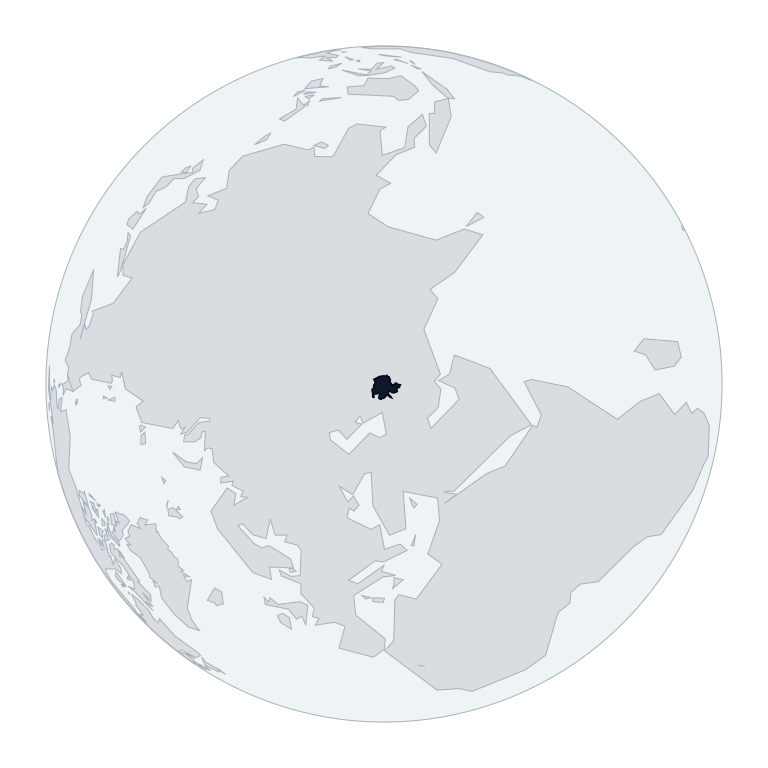 the Earth from above Razavi Khorasan, rotated 249°
{"feature_id": "IRN-3245", "entity_name": "Razavi Khorasan", "entity_type": "Province", "adm_level": 1, "iso_a3": "IRN", "parent_name": "Iran", "parent_adm1": "", "projection": "orthographic", "projection_center": [59.461, 35.325], "detail": "medium", "context": "on_globe", "style": "filled", "palette": "ink", "viewbox_px": 768, "rotation_deg": 249, "n_neighbors": 0, "source": "natural_earth", "source_scale": "10m", "svg_char_len": 12473}
<svg xmlns="http://www.w3.org/2000/svg" viewBox="0 0 768 768"><g transform="rotate(249 384 384)"><circle cx="384" cy="384" r="338" fill="#eef3f6" stroke="#a8b0b8"/><path d="M417.3,47.7L425.8,49.6L457.6,58.1L473.7,61.6L465.4,61.0L500.1,69.2L521.2,78.3L493.5,67.8L487.8,66.8L500.3,72.3L497.0,72.6L501.2,75.8L496.3,75.9L480.5,70.8L477.0,71.0L486.0,75.1L486.8,78.5L474.0,72.3L474.0,77.9L447.6,72.3L417.5,59.2L398.9,59.4L357.7,55.9L357.6,57.7L342.0,58.8L336.0,61.6L330.1,61.0L330.5,63.9L337.1,64.0L339.4,65.5L336.6,67.5L328.4,66.7L328.7,65.6L324.8,66.5L322.0,65.4L321.8,67.1L312.3,66.5L317.3,70.1L306.1,72.2L301.0,71.1L307.3,67.2L311.2,57.9L308.0,57.1L297.1,59.0L264.4,70.1L258.5,71.5L246.2,76.2L246.7,76.7L256.5,73.4L254.6,76.5L266.8,73.0L267.8,74.1L278.1,72.9L270.2,77.6L257.0,83.2L248.1,84.7L242.0,87.5L245.4,90.3L223.9,98.3L201.2,113.2L196.3,115.4L195.9,110.5L208.8,98.9L208.3,96.0L202.2,102.9L190.1,109.4L185.4,113.0L182.3,116.0L184.4,115.8L178.9,119.5L182.9,113.2L188.0,109.7L186.7,111.4L192.6,106.4L195.3,103.7L190.3,107.1L210.4,94.1L231.4,82.5L253.1,72.5L275.5,64.0L298.4,57.1L321.8,51.8L345.5,48.3L369.4,46.4L393.4,46.2L417.3,47.7ZM486.0,64.6L478.9,62.0L486.9,64.5L486.0,64.6ZM502.7,76.2L505.7,77.0L506.6,78.4L502.7,76.2ZM281.7,70.5L279.9,71.6L278.9,71.2L281.7,70.5ZM287.8,69.1L288.0,67.8L290.9,67.0L290.8,67.8L287.8,69.1ZM499.9,80.1L500.3,82.6L497.1,79.1L499.9,80.1ZM287.0,70.9L296.1,65.7L301.3,64.4L305.0,66.6L287.0,70.9ZM498.8,83.4L500.2,90.2L507.1,92.2L488.5,91.0L493.5,85.2L488.4,80.4L494.7,83.2L498.8,83.4ZM340.4,63.3L333.3,63.2L341.9,61.6L340.4,63.3ZM345.4,62.0L368.4,56.5L377.5,58.1L368.0,59.3L381.9,60.7L375.0,64.0L365.8,64.1L361.2,62.2L362.0,65.1L345.4,62.0ZM478.0,89.7L476.0,90.9L475.0,88.8L478.0,89.7ZM341.1,66.1L344.9,64.5L353.1,65.7L346.8,69.1L346.2,67.5L341.1,66.1ZM388.9,59.6L393.9,61.4L389.6,64.6L391.0,65.8L375.6,64.3L388.9,59.6ZM342.9,68.3L343.5,70.8L337.0,72.1L337.8,67.7L342.9,68.3ZM357.8,64.8L361.4,65.6L357.4,66.2L357.8,64.8ZM314.3,79.3L318.8,76.9L323.4,77.2L314.3,79.3ZM344.1,71.7L346.3,71.3L348.7,71.3L347.7,73.3L344.1,71.7ZM373.7,66.9L370.8,68.0L379.7,67.6L376.9,70.4L367.1,69.1L370.2,70.8L369.3,71.8L362.3,69.7L373.7,66.9ZM353.7,75.5L340.3,75.5L331.1,79.6L326.7,79.3L342.3,72.8L353.7,75.5ZM359.4,72.2L354.9,74.1L351.7,72.4L352.8,70.2L359.4,72.2ZM378.5,73.0L385.4,69.0L387.3,69.5L378.5,73.0ZM351.6,76.9L354.9,76.9L351.4,77.3L351.6,76.9ZM371.0,74.4L373.1,72.8L375.2,73.4L371.0,74.4ZM359.7,78.5L355.4,78.4L355.9,76.7L359.7,78.5ZM365.3,76.8L367.7,78.1L358.8,76.2L366.0,76.0L365.3,76.8ZM372.6,75.2L374.6,75.0L371.4,75.8L372.6,75.2ZM359.8,85.3L348.4,83.3L349.8,79.5L360.7,81.8L359.8,85.3ZM66.5,413.7L65.5,356.1L72.9,344.5L79.2,323.8L134.7,288.9L140.9,301.1L178.4,316.7L182.0,322.3L171.6,337.0L194.9,373.6L209.5,364.0L236.6,387.0L258.4,393.1L276.8,363.4L241.1,352.6L240.8,334.9L274.2,330.0L306.2,340.4L307.2,333.9L291.9,315.1L304.3,305.8L287.1,307.7L290.3,315.5L279.7,317.2L276.1,310.3L280.7,307.1L272.4,301.5L252.9,319.8L254.1,329.7L229.4,325.2L228.9,341.6L220.4,346.0L218.0,320.0L222.1,312.4L213.4,280.7L206.9,288.1L214.7,318.9L210.0,314.6L201.1,326.3L204.2,314.1L197.4,279.9L178.5,274.8L145.6,293.8L136.4,289.4L132.7,276.2L153.6,247.4L171.8,260.8L179.4,252.1L183.4,233.4L188.6,239.5L192.4,233.9L200.0,238.6L218.3,231.3L227.1,234.9L241.6,219.4L248.1,219.5L237.7,228.3L235.2,237.0L258.2,247.1L264.7,245.3L272.3,234.8L277.6,239.5L282.0,228.1L298.7,229.4L281.9,218.7L290.3,207.4L304.3,202.0L304.1,196.8L281.2,205.8L274.8,211.3L274.2,218.9L254.1,234.1L244.6,233.6L254.2,211.5L241.9,208.9L254.8,194.0L308.6,176.7L327.4,176.9L343.1,200.4L334.6,206.3L324.7,200.4L327.1,216.1L330.1,209.8L334.6,214.2L343.7,205.6L347.3,208.4L350.0,196.0L355.4,198.4L353.6,206.2L371.8,197.0L385.0,200.2L387.4,196.9L386.2,192.5L403.8,200.2L404.8,197.5L399.4,193.8L397.8,186.3L401.9,176.3L407.8,179.5L407.1,183.5L414.5,197.3L411.8,208.3L414.6,208.7L418.4,200.0L409.4,183.0L410.1,176.2L415.7,183.5L413.8,180.3L416.0,178.0L423.7,178.9L418.2,170.8L434.8,144.1L451.4,144.3L454.5,153.0L472.3,140.7L489.7,143.7L484.6,140.1L489.8,132.9L484.4,131.7L482.4,129.6L493.2,112.9L500.3,112.2L499.3,102.7L496.7,101.1L491.4,100.9L488.5,91.0L507.1,92.2L512.0,95.7L520.3,94.8L530.3,103.3L542.4,110.6L548.5,121.7L557.6,127.2L559.8,126.3L573.8,133.9L594.9,154.0L568.0,141.3L534.5,116.0L547.3,126.2L541.5,125.3L544.3,130.1L553.6,137.7L556.5,137.6L556.4,160.3L573.1,186.8L579.0,179.4L588.9,182.9L613.0,211.0L625.0,263.8L638.3,272.4L643.2,281.2L640.7,291.2L633.5,278.5L625.5,278.2L621.8,270.1L615.3,283.2L609.7,272.2L607.5,288.7L615.0,295.2L622.8,287.0L623.2,307.1L638.9,316.1L647.4,333.8L643.6,376.8L629.6,397.1L630.2,403.5L621.2,400.9L614.4,417.6L635.3,442.5L636.5,451.9L623.1,477.7L621.9,471.1L598.1,464.3L597.3,488.0L615.5,498.5L621.9,516.5L609.5,515.9L602.6,500.3L594.1,497.3L593.8,477.5L581.7,451.6L569.0,462.2L567.5,450.1L548.9,430.2L529.3,444.2L499.7,484.1L499.9,514.6L487.9,529.7L463.0,490.2L455.7,460.8L444.3,464.9L420.7,440.8L373.0,440.2L368.4,431.9L359.0,435.4L342.7,426.2L336.5,412.2L325.7,412.1L342.8,448.6L354.7,448.8L367.6,436.2L369.9,448.8L385.9,460.1L360.4,488.5L293.2,507.0L290.4,483.5L258.8,410.8L261.8,403.8L261.9,402.9L261.7,401.3L254.9,412.2L250.8,397.7L263.6,448.0L264.1,467.7L292.2,508.2L288.7,511.1L298.8,519.8L336.0,515.6L335.4,523.1L315.5,554.5L267.4,589.2L276.0,617.0L276.3,637.6L251.3,644.4L258.5,659.6L246.3,660.7L248.9,668.0L242.0,672.3L228.5,672.8L200.2,660.6L194.4,653.8L174.1,634.2L144.1,588.8L147.0,574.7L142.7,558.7L122.7,513.2L126.8,495.5L122.4,483.7L112.9,479.2L108.4,464.9L103.0,460.4L72.9,437.8L66.5,413.7ZM109.3,314.7L106.3,320.5L106.2,320.5L109.3,314.7ZM336.3,368.2L358.0,372.2L354.9,350.3L363.0,350.4L358.9,343.3L354.5,348.8L345.6,329.6L357.4,324.8L358.2,315.6L350.9,314.0L330.8,326.0L343.4,353.1L335.5,360.8L336.3,368.2ZM189.9,109.8L189.4,110.4L185.4,113.9L185.5,113.1L189.9,109.8ZM178.3,126.4L169.8,132.1L176.0,127.1L174.4,126.6L185.6,116.2L194.4,115.9L188.4,117.6L178.3,126.4ZM203.0,103.3L194.9,109.2L203.4,102.8L203.0,103.3ZM206.1,201.4L206.2,207.1L199.6,212.0L188.4,209.7L197.9,202.3L206.1,201.4ZM207.9,214.2L220.6,194.2L228.0,195.6L221.7,198.1L225.4,201.0L216.2,205.9L210.9,227.6L204.8,233.6L187.4,224.7L196.5,224.0L195.8,218.1L207.9,214.2ZM239.7,148.2L245.3,141.6L254.3,152.8L248.0,157.8L236.4,155.2L237.0,147.9L239.7,148.2ZM291.8,76.7L293.4,74.9L295.6,74.9L296.2,76.4L291.8,76.7ZM316.0,78.1L287.4,85.1L287.7,83.2L270.6,90.6L264.7,88.7L276.0,83.8L258.7,88.4L266.6,83.2L254.8,87.2L280.6,76.4L286.9,72.6L282.0,77.4L287.2,79.1L291.4,78.7L307.9,75.1L324.2,68.6L331.9,70.0L333.1,72.7L330.3,74.4L326.2,72.8L325.5,76.4L317.4,75.5L316.0,78.1ZM341.8,114.7L338.2,110.2L335.4,120.8L327.3,118.4L327.5,119.8L319.3,120.8L309.6,124.6L306.8,122.7L304.2,125.1L298.7,126.1L294.3,128.8L287.7,126.7L281.7,130.1L281.9,127.2L273.4,133.7L276.8,128.1L270.0,129.4L270.3,134.2L245.5,120.1L232.5,120.0L219.8,123.4L227.3,114.2L243.9,105.8L263.8,99.7L275.3,101.7L276.6,97.7L282.4,97.7L279.0,100.9L287.8,96.0L291.7,97.0L309.4,94.1L319.8,87.5L326.5,86.6L324.4,89.7L332.6,86.8L333.2,92.3L338.0,92.0L343.3,97.5L336.4,104.4L342.4,103.6L346.7,108.3L341.8,114.7ZM360.9,86.9L354.5,94.7L347.0,97.5L340.8,86.9L336.3,86.4L332.1,80.5L343.2,76.8L343.4,78.7L346.2,79.8L341.6,80.5L347.3,80.8L347.8,83.6L352.3,84.7L349.0,86.8L360.9,86.9ZM189.9,318.8L193.4,321.6L199.8,323.9L194.4,331.7L189.9,318.8ZM184.8,295.6L188.5,296.4L183.9,307.6L180.3,305.1L184.8,295.6ZM194.5,287.6L189.1,295.5L189.9,289.8L194.5,287.6ZM241.5,228.8L246.0,229.3L244.9,232.1L240.7,235.0L241.5,228.8ZM332.1,148.5L331.2,144.8L333.4,144.0L338.2,135.8L344.6,137.3L344.2,142.9L332.1,148.5ZM268.5,367.2L259.9,371.6L257.6,367.6L261.0,366.9L268.5,367.2ZM223.6,351.8L232.1,359.6L222.1,353.9L223.6,351.8ZM339.8,148.8L341.0,145.1L343.5,148.3L339.8,148.8ZM349.5,138.1L353.0,141.0L345.9,136.6L349.5,138.1ZM420.8,718.3L425.0,718.4L419.2,719.0L420.8,718.3ZM333.1,642.6L318.4,673.3L302.6,671.2L296.6,661.4L299.9,642.2L317.4,638.6L325.1,629.5L333.1,642.6ZM671.1,527.6L676.0,524.1L675.6,525.5L671.1,527.6ZM666.3,528.0L672.3,523.3L664.8,531.6L666.3,528.0ZM674.5,521.4L680.6,513.7L683.3,509.3L682.4,512.3L674.5,521.4ZM662.0,531.5L636.0,548.7L625.0,551.9L628.2,545.9L646.0,536.4L662.0,531.5ZM627.3,546.3L609.6,542.6L580.9,515.4L591.3,512.1L620.3,523.2L618.6,528.0L629.4,532.7L627.3,546.3ZM667.6,497.3L665.7,510.3L652.0,519.2L645.4,521.5L640.9,508.9L643.5,499.3L649.1,496.1L667.4,454.5L674.5,456.1L669.7,472.2L675.2,478.7L667.6,497.3ZM501.6,517.1L510.7,532.7L503.8,536.9L501.6,517.1ZM672.4,428.9L666.6,447.1L671.1,425.3L672.4,428.9ZM673.4,410.0L675.1,416.0L671.0,412.3L673.4,410.0ZM632.4,412.5L626.6,417.6L625.2,413.1L631.8,404.0L632.4,412.5ZM653.8,349.0L658.3,362.6L658.8,367.9L654.0,361.6L653.8,349.0ZM396.2,162.2L382.4,171.4L376.8,180.3L380.3,188.2L369.5,181.5L378.2,167.8L396.2,162.2ZM429.4,145.7L426.3,139.6L431.5,140.2L432.9,141.7L429.4,145.7ZM424.8,143.5L413.8,140.1L414.6,135.4L423.1,138.9L424.8,143.5ZM376.5,143.2L371.9,145.6L370.1,142.9L376.5,143.2ZM626.7,619.2L620.0,625.8L614.5,630.3L622.0,622.6L629.1,608.8L631.5,607.2L637.5,594.8L663.3,564.9L683.8,528.1L691.1,519.3L700.9,493.6L706.3,483.6L700.8,500.9L701.5,499.6L692.6,521.6L682.3,542.9L670.4,563.4L657.1,583.0L642.5,601.6L626.7,619.2ZM682.9,517.3L690.5,501.5L693.7,497.1L682.9,517.3ZM715.6,449.1L715.1,451.6L711.2,464.0L713.2,455.4L713.6,448.8L707.2,459.1L705.9,456.2L709.0,447.7L703.6,451.9L709.6,439.9L711.3,447.4L714.4,432.9L717.9,425.2L719.9,419.1L720.1,419.3L715.6,449.1ZM708.0,464.9L708.9,463.3L707.7,468.1L708.0,464.9ZM695.8,473.6L695.3,477.1L693.5,477.0L695.8,473.6ZM698.4,468.6L703.5,464.8L697.7,472.0L698.4,468.6ZM678.8,478.4L680.8,484.1L687.4,473.0L682.3,484.7L686.0,492.8L684.1,498.8L680.7,489.7L678.1,504.9L675.1,507.4L674.2,497.1L677.7,479.9L680.7,471.1L692.1,457.3L678.8,478.4ZM698.7,459.5L697.1,452.5L698.1,445.2L699.9,447.8L698.7,459.5ZM691.1,436.5L685.3,430.8L681.3,439.1L688.1,415.7L692.8,425.0L691.1,436.5ZM684.2,417.5L680.6,425.2L683.4,412.4L684.2,417.5ZM678.9,422.6L677.1,415.7L680.7,413.6L678.9,422.6ZM686.3,415.7L684.8,402.4L687.7,408.2L686.3,415.7ZM672.1,400.5L682.0,405.9L671.4,409.4L665.0,385.6L669.0,381.4L672.1,400.5ZM656.7,281.6L652.4,275.7L654.3,270.6L656.8,276.1L656.7,281.6ZM656.8,250.9L653.4,267.4L650.1,281.7L653.9,282.3L658.2,295.8L649.3,288.6L647.5,270.3L651.1,261.7L646.2,251.2L645.4,240.2L637.1,229.4L635.0,222.4L643.7,229.8L656.8,250.9ZM633.3,225.2L618.6,205.0L624.9,201.2L629.5,204.8L633.6,215.4L630.1,216.7L633.3,225.2ZM616.9,199.3L613.3,200.6L584.1,178.7L579.5,173.4L605.0,186.7L603.0,188.9L609.1,195.3L616.9,199.3ZM479.5,92.2L476.3,91.0L479.6,91.0L479.5,92.2ZM479.4,129.2L477.2,126.2L481.1,125.8L479.4,129.2ZM473.2,118.0L470.3,120.4L471.0,116.5L473.2,118.0ZM464.3,126.4L468.0,120.7L467.9,128.1L464.3,126.4Z" fill="#d9dde1" stroke="#a8b0b8" stroke-width="1"/><path d="M376.0,368.8L378.0,369.5L378.1,370.1L378.8,370.4L379.4,370.3L379.7,370.0L380.4,370.3L380.8,370.2L382.0,370.4L382.8,371.1L383.3,371.0L383.5,371.3L383.5,371.7L383.6,372.2L384.0,372.7L384.0,372.9L384.2,373.0L384.4,373.0L384.7,373.4L384.9,373.2L385.6,373.5L386.1,373.8L386.6,374.0L387.2,374.9L387.7,375.5L388.0,376.2L392.1,376.2L392.2,376.6L392.0,377.8L392.0,378.1L392.2,378.3L392.4,379.2L392.2,379.7L392.2,379.9L392.0,380.1L392.5,380.6L392.6,381.3L392.5,381.9L392.7,382.2L392.8,382.6L392.3,383.5L392.3,384.1L391.9,384.2L392.0,384.7L391.9,384.7L392.1,385.2L391.8,386.2L391.8,386.9L391.6,387.0L391.3,387.5L391.2,388.0L390.7,388.4L390.2,388.5L390.4,389.1L391.0,389.9L389.8,390.0L389.2,390.7L389.0,391.0L389.0,391.3L385.6,391.4L385.0,391.2L384.5,390.4L384.2,390.2L383.3,390.6L381.8,390.8L381.5,391.1L380.3,390.8L380.0,390.9L379.9,391.2L380.1,391.6L379.8,393.8L380.1,394.0L380.2,394.3L380.9,394.8L380.7,395.3L380.3,395.9L378.7,396.9L378.0,397.9L377.8,398.6L377.5,399.1L377.0,398.4L375.7,397.7L375.4,396.9L375.1,394.4L374.9,394.0L374.7,393.8L373.4,394.0L372.4,393.9L372.2,393.5L372.0,391.8L372.0,390.8L372.7,389.0L373.0,388.4L375.0,387.1L375.4,386.6L375.5,386.2L375.4,385.9L374.0,384.8L373.4,384.6L372.2,384.9L370.3,385.8L368.3,386.2L369.1,385.3L369.7,384.7L371.5,383.9L372.6,382.1L372.6,381.6L371.2,380.3L371.1,380.0L370.9,378.2L371.0,377.5L371.3,376.6L371.2,376.1L370.8,376.0L370.8,375.7L370.8,375.4L371.1,375.0L372.3,374.2L373.0,374.2L376.1,376.0L377.4,376.2L377.8,376.1L378.0,376.0L378.1,375.5L378.1,375.3L377.9,375.1L378.2,374.7L377.9,374.2L377.6,374.4L377.2,373.9L377.2,373.7L377.4,373.5L377.9,372.0L378.2,371.7L378.1,371.4L378.0,371.2L377.6,370.8L377.3,370.2L375.3,370.1L375.1,369.9L375.2,369.3L376.0,368.8Z" fill="#0f172a" stroke="#020617" stroke-width="1.5"/></g></svg>